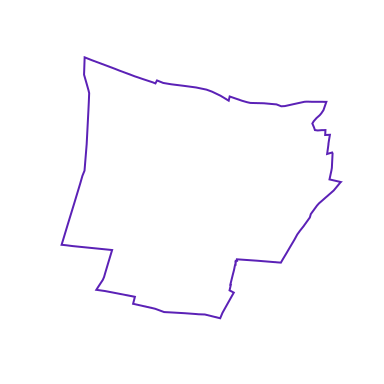 the district of Capital, San Juan, Argentina, rotated 286°
{"feature_id": "61730980B45550942809451", "entity_name": "Capital", "entity_type": "district", "adm_level": 2, "iso_a3": "ARG", "parent_name": "Argentina", "parent_adm1": "San Juan", "projection": "equal_earth", "projection_center": [-68.531, -31.533], "detail": "fine", "context": "isolated", "style": "outline", "palette": "violet", "viewbox_px": 384, "rotation_deg": 286, "n_neighbors": 0, "source": "geoboundaries", "source_scale": "gbopen_adm2", "svg_char_len": 1887}
<svg xmlns="http://www.w3.org/2000/svg" viewBox="0 0 384 384"><g transform="rotate(286 192 192)"><path d="M310.5,277.5L310.2,276.6L309.7,275.2L304.6,265.7L300.2,257.6L299.0,254.2L299.5,249.1L298.5,244.0L297.1,236.6L294.0,224.7L293.7,223.5L293.5,220.2L293.5,215.0L294.2,201.9L289.9,202.1L292.4,192.9L294.0,183.5L294.4,177.7L293.6,167.1L291.8,154.9L289.8,142.2L288.9,134.3L289.6,127.6L286.3,126.9L286.6,124.1L287.0,113.7L287.3,108.0L287.4,105.1L287.7,101.7L288.7,88.7L289.2,83.7L291.1,59.3L291.6,54.3L291.8,51.7L291.0,51.9L275.0,55.9L266.7,61.1L261.2,64.5L258.7,65.9L250.1,68.0L241.6,70.0L208.8,77.6L182.9,82.8L177.4,82.2L168.9,82.2L147.9,81.9L125.6,81.5L110.8,81.3L105.3,81.2L105.6,82.7L106.2,86.2L107.1,92.1L113.6,127.9L114.2,131.2L100.2,131.0L90.2,130.9L86.0,130.9L83.0,130.5L75.3,128.1L71.6,127.0L72.8,135.5L73.5,143.1L75.5,166.0L68.3,166.2L69.5,186.4L69.6,188.8L69.4,191.5L68.9,198.3L70.3,204.3L73.5,218.5L75.9,230.0L76.2,231.7L77.8,238.1L78.4,253.9L84.3,254.6L100.5,258.4L106.8,259.9L107.8,255.2L113.5,254.9L113.4,254.4L123.9,254.0L128.1,253.9L129.8,253.8L132.0,253.6L134.1,253.5L134.2,253.9L136.7,253.1L136.7,253.4L138.0,253.1L138.3,254.3L139.7,253.8L143.0,269.3L144.0,274.0L147.3,290.5L147.5,291.3L147.7,292.4L147.8,293.0L148.6,296.9L153.0,298.0L159.3,299.7L166.0,301.4L174.4,303.6L180.2,304.9L184.6,306.5L190.4,308.9L190.8,309.0L200.0,312.3L200.7,312.3L203.6,312.3L213.4,315.9L216.1,317.2L219.0,319.1L222.6,321.4L232.5,327.8L234.1,328.5L242.1,332.0L242.6,332.3L242.0,320.7L251.0,320.1L253.7,319.8L267.8,316.5L268.6,315.8L265.8,311.4L272.3,310.5L275.6,310.0L275.7,309.9L279.5,309.4L285.0,308.8L283.5,304.3L288.3,303.2L287.2,299.6L285.8,295.9L285.4,293.1L287.7,291.5L291.0,288.8L293.6,289.5L297.4,291.3L301.0,293.6L303.2,294.6L306.9,295.8L315.7,296.3L313.4,288.2L312.1,283.6L311.9,283.0L311.4,280.9L310.7,278.2L310.5,277.5Z" fill="none" stroke="#5b21b6" stroke-width="2"/></g></svg>